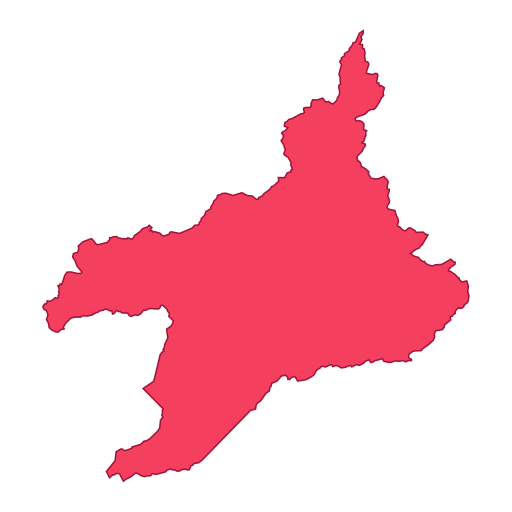 outline of Tauá, Ceará, Brazil
{"feature_id": "56859067B63965613485254", "entity_name": "Tauá", "entity_type": "district", "adm_level": 2, "iso_a3": "BRA", "parent_name": "Brazil", "parent_adm1": "Ceará", "projection": "orthographic", "projection_center": [-40.274, -5.877], "detail": "fine", "context": "isolated", "style": "filled", "palette": "rose", "viewbox_px": 512, "rotation_deg": 0, "n_neighbors": 0, "source": "geoboundaries", "source_scale": "gbopen_adm2", "svg_char_len": 6016}
<svg xmlns="http://www.w3.org/2000/svg" viewBox="0 0 512 512"><path d="M411.5,360.6L411.4,359.1L410.0,359.0L408.7,357.4L408.7,354.9L409.7,353.6L412.8,351.4L414.8,350.9L421.1,350.7L423.4,348.2L428.6,344.6L433.2,340.4L434.2,338.2L434.7,336.2L434.3,334.3L435.5,330.9L442.4,329.6L444.5,326.7L444.3,325.1L450.8,319.8L450.1,316.5L452.2,316.3L453.5,314.4L455.3,313.5L455.1,311.2L458.5,307.6L459.6,308.3L462.0,308.2L463.8,306.7L463.9,305.3L467.3,302.6L468.2,301.1L469.0,295.6L467.7,291.6L468.3,285.9L466.7,280.9L461.8,282.0L459.3,279.5L459.1,278.0L457.4,277.1L454.9,274.3L450.4,271.3L448.5,270.9L448.9,269.2L451.7,266.4L454.8,264.6L455.3,262.3L453.5,261.7L450.8,259.2L442.0,264.3L434.8,264.9L432.5,266.0L428.3,264.9L425.4,263.1L424.5,261.3L422.9,261.6L419.7,259.1L418.7,257.5L413.0,255.7L412.1,254.2L410.2,253.5L415.7,249.6L419.4,247.9L420.2,246.2L422.1,244.9L428.0,234.9L425.0,233.8L423.1,232.1L416.3,232.4L414.5,230.2L409.8,227.7L408.3,228.2L405.7,230.6L404.1,230.6L402.2,229.6L400.0,227.1L398.0,226.2L397.3,223.9L398.5,222.2L398.0,218.7L396.3,215.5L394.9,210.5L388.5,209.1L387.2,207.8L387.1,206.0L389.0,203.3L389.6,200.8L387.7,195.5L389.3,190.9L389.3,189.4L387.2,189.0L387.2,185.8L388.2,182.3L387.7,180.5L383.9,176.4L378.4,178.7L375.0,178.9L370.9,178.1L368.2,173.5L368.9,171.8L364.7,168.2L361.3,166.4L360.7,163.4L359.2,161.2L357.8,161.2L356.9,156.6L362.1,151.3L363.9,147.4L365.5,145.8L365.2,144.0L361.8,142.8L363.8,141.2L364.4,139.9L365.0,136.9L365.9,135.7L365.7,132.3L366.7,130.7L363.6,129.6L364.0,124.1L362.1,121.8L360.0,120.8L356.3,120.9L355.3,119.7L355.3,118.3L356.8,117.0L365.0,114.1L368.2,110.9L370.4,109.7L374.0,109.3L375.5,108.1L379.7,101.6L381.1,98.3L383.7,95.4L383.0,93.2L384.4,87.8L381.2,85.6L379.4,86.0L378.8,83.0L376.9,82.9L376.7,81.2L377.9,75.1L377.0,73.6L374.9,73.4L373.1,74.6L366.4,73.3L366.4,71.8L368.9,64.2L367.9,62.1L365.3,61.1L364.7,56.2L365.0,53.0L364.2,48.9L362.1,48.0L362.7,46.1L362.4,44.7L359.6,44.1L362.0,39.5L360.8,37.1L363.2,33.4L363.2,30.7L359.5,33.1L356.0,41.0L354.8,42.4L352.9,42.9L352.9,44.3L349.3,48.8L349.2,50.7L344.5,53.6L344.3,56.0L341.4,57.7L341.6,59.4L340.2,60.5L339.8,61.9L341.5,64.6L338.9,74.5L340.3,77.9L340.0,79.8L340.6,84.1L339.2,84.9L338.6,86.6L339.6,91.5L339.4,94.7L337.1,98.4L337.1,99.8L335.7,101.4L333.2,103.9L331.2,103.4L328.6,101.5L326.9,101.9L325.3,101.6L322.7,98.1L316.9,100.0L312.6,99.8L311.1,103.3L310.9,106.7L309.5,107.5L306.0,107.4L303.7,108.1L303.6,109.9L304.5,112.2L303.0,113.6L301.1,113.6L292.0,118.6L288.9,119.4L286.8,121.6L285.0,122.4L284.2,126.0L287.8,127.7L285.1,130.8L282.7,131.8L281.6,133.2L283.6,135.7L282.6,138.8L281.1,140.6L284.3,145.9L284.2,147.3L285.4,149.2L283.8,153.8L284.6,155.2L288.0,157.2L291.1,162.6L290.8,165.0L292.4,169.4L290.8,170.3L290.8,171.8L287.3,172.8L284.6,177.7L278.3,177.5L278.7,181.1L273.4,186.1L271.5,186.7L269.9,189.2L263.8,193.8L262.1,196.0L258.8,197.5L258.2,199.1L256.3,199.3L252.1,195.9L247.5,195.6L241.9,192.7L232.9,195.5L226.0,193.2L221.9,193.5L220.4,194.9L218.8,194.8L217.4,195.7L216.9,198.2L213.5,201.4L213.1,203.5L210.9,206.7L210.6,208.9L205.9,211.5L204.6,215.3L201.1,218.7L201.2,220.3L199.3,222.6L198.9,224.8L194.6,225.3L191.9,228.2L179.7,233.4L171.1,231.8L169.8,232.3L169.0,234.3L163.8,236.0L161.6,235.1L160.4,233.5L158.9,232.8L154.3,231.6L152.6,232.1L152.1,230.8L150.0,230.7L151.9,227.7L149.3,225.2L147.5,227.0L142.6,228.6L140.0,231.6L134.5,235.5L132.8,238.7L130.7,239.0L127.8,237.7L126.9,238.8L122.7,238.7L118.0,237.9L116.7,236.5L113.1,236.9L111.3,237.7L109.7,237.7L109.8,239.4L107.2,242.4L98.4,244.6L96.5,244.5L92.7,239.6L91.2,238.6L82.9,241.8L78.1,246.2L78.7,247.8L78.1,251.4L77.0,252.6L73.5,253.5L72.6,256.9L75.0,260.7L77.1,266.2L81.9,272.0L81.0,273.3L77.7,273.5L71.1,272.0L67.1,272.1L64.9,275.1L61.7,284.5L60.0,284.0L59.7,285.7L58.0,285.7L59.3,289.6L58.7,291.9L59.2,294.0L58.1,295.6L58.4,297.6L56.9,298.2L55.3,297.6L51.3,300.9L49.3,301.3L47.3,300.8L46.3,303.9L44.7,303.9L43.0,306.2L43.2,307.9L44.4,309.7L46.3,310.4L47.7,313.8L47.9,315.2L46.5,319.4L48.7,323.8L49.1,327.6L51.7,330.0L55.9,331.9L58.0,332.1L61.0,329.6L64.2,328.9L63.3,327.2L64.5,325.1L65.9,323.0L70.7,318.3L74.5,317.1L80.8,317.1L82.8,315.7L87.0,316.1L92.2,315.0L95.9,312.8L97.9,312.3L99.4,310.9L102.7,310.4L106.0,308.9L110.0,310.9L111.9,310.7L112.5,314.0L114.0,313.7L116.4,310.4L118.5,311.6L120.2,311.6L122.1,312.9L127.6,313.1L129.3,315.7L131.1,316.4L134.9,314.9L138.0,315.3L140.9,313.6L143.4,310.3L145.7,310.3L149.3,308.5L157.9,309.0L159.6,308.3L161.0,305.3L162.8,305.3L166.9,309.2L167.8,311.5L169.4,313.4L168.8,316.4L173.3,320.8L172.7,323.3L170.9,326.2L166.6,329.1L167.8,337.7L164.7,344.6L164.1,348.2L163.0,349.5L163.7,351.4L161.8,352.3L160.1,355.0L153.8,381.2L143.1,388.5L163.1,408.8L162.2,410.7L162.6,412.2L161.8,415.5L162.9,417.1L160.5,420.2L159.7,428.1L157.4,431.4L149.7,438.8L145.7,441.2L144.3,440.9L140.4,444.5L132.1,446.9L131.7,448.3L127.1,450.1L124.6,450.5L123.1,450.1L122.4,449.0L120.5,449.1L116.2,451.7L115.1,460.7L106.4,471.5L109.6,477.8L112.6,475.0L114.4,474.8L116.1,473.6L117.9,473.4L119.6,473.9L123.4,481.3L126.1,479.1L130.8,476.9L135.3,473.2L137.0,473.2L141.7,475.9L145.0,476.7L146.5,475.9L150.6,475.7L151.9,474.1L153.5,473.7L156.2,474.4L165.4,471.9L167.2,470.1L170.9,468.8L171.8,469.7L174.8,470.0L177.3,471.2L179.3,471.1L182.7,469.3L186.2,469.3L187.6,470.0L189.4,469.7L191.0,465.7L192.9,465.1L194.0,463.5L198.7,462.7L202.0,460.2L250.5,410.4L255.6,409.0L256.1,405.1L257.4,403.0L260.3,401.2L266.3,392.9L269.3,391.1L269.9,387.5L271.0,386.4L271.8,383.3L276.9,381.2L281.4,376.1L285.4,375.2L287.8,377.4L287.8,379.3L289.5,379.6L291.8,377.4L295.0,376.6L297.7,381.1L306.6,379.5L313.7,375.3L316.9,369.8L320.1,368.1L320.9,366.8L322.6,366.2L325.4,367.0L330.5,364.7L331.9,364.9L332.6,366.6L336.0,365.5L338.3,366.1L341.0,367.9L344.5,367.5L350.5,365.4L351.7,366.9L356.8,364.4L358.4,365.4L359.8,365.2L363.7,363.1L365.2,361.3L368.9,359.8L370.9,362.6L372.4,362.4L374.9,360.7L382.6,358.7L383.6,361.1L388.5,362.4L391.0,362.4L395.0,360.9L399.3,361.3L402.9,360.5L405.6,361.8L408.2,360.7L411.5,360.6Z" fill="#f43f5e" stroke="#9f1239" stroke-width="1.5"/></svg>